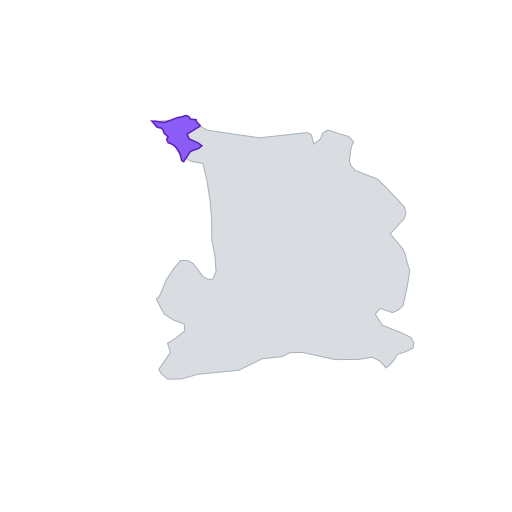 Montenegro, with Ulcinj highlighted, rotated 141°
{"feature_id": "MNE-1497", "entity_name": "Ulcinj", "entity_type": "Municipality", "adm_level": 1, "iso_a3": "MNE", "parent_name": "Montenegro", "parent_adm1": "", "projection": "equal_earth", "projection_center": [19.282, 41.979], "detail": "fine", "context": "in_parent", "style": "filled", "palette": "violet", "viewbox_px": 512, "rotation_deg": 141, "n_neighbors": 0, "source": "natural_earth", "source_scale": "10m", "svg_char_len": 1938}
<svg xmlns="http://www.w3.org/2000/svg" viewBox="0 0 512 512"><g transform="rotate(141 256 256)"><path d="M225.7,87.4L225.3,89.9L226.0,97.1L229.4,104.1L241.7,111.3L259.6,125.6L280.6,151.8L290.3,159.5L299.1,161.4L316.0,172.3L327.9,175.0L341.1,178.0L375.7,200.7L391.3,207.4L402.3,215.9L403.6,224.0L403.1,229.0L383.2,234.9L379.7,243.8L370.1,242.7L358.4,242.7L354.6,248.3L360.2,257.6L363.9,268.6L361.0,283.6L360.1,285.6L357.2,285.1L340.8,293.8L328.5,297.9L317.5,300.0L312.2,295.8L309.6,290.1L310.1,273.6L308.0,268.0L304.3,265.3L296.7,269.2L287.9,281.9L279.8,296.8L267.5,312.3L257.4,327.1L246.4,345.9L239.0,361.4L246.7,370.2L251.5,382.4L250.0,391.5L251.4,396.8L249.0,412.9L248.5,423.0L224.3,406.8L214.4,384.1L179.1,345.8L138.7,319.8L136.6,315.7L138.8,310.7L140.7,306.7L132.3,306.4L126.4,309.6L120.9,308.7L114.6,299.0L108.7,290.5L108.4,283.1L111.1,282.1L115.2,279.2L123.7,270.9L125.4,266.6L125.0,260.0L113.2,239.2L111.6,225.8L109.9,200.7L112.5,194.8L116.9,191.9L137.7,188.8L137.5,169.3L138.8,163.5L142.9,155.4L145.6,148.0L157.2,137.5L172.9,124.9L179.7,124.5L185.7,126.2L192.5,137.1L199.9,135.7L201.4,122.7L191.8,105.6L186.7,94.8L188.3,88.8L191.9,85.6L200.2,87.6L208.1,90.6L213.2,88.5L221.1,87.0L225.7,87.4Z" fill="#d9dde1" stroke="#a8b0b8" stroke-width="1"/><path d="M252.8,374.8L253.2,375.2L253.6,377.2L250.7,383.2L250.0,386.7L249.8,390.7L250.4,394.6L251.8,397.7L253.0,399.1L252.2,402.5L251.2,403.3L250.0,403.5L249.2,404.2L250.2,408.9L249.8,410.3L249.2,411.4L249.0,412.4L249.1,413.8L249.0,414.6L249.4,415.4L250.8,416.8L252.0,418.9L251.9,424.2L252.1,426.4L249.2,424.0L243.5,417.8L240.9,416.5L229.6,412.9L226.9,411.2L223.1,409.8L221.8,409.0L220.6,407.0L220.5,405.8L220.7,404.7L220.3,402.7L219.5,402.3L217.9,400.9L216.8,399.4L217.6,398.7L217.7,397.8L217.3,392.4L218.3,392.2L232.9,394.1L234.2,389.0L229.8,380.2L228.7,375.8L232.9,375.7L238.5,377.7L241.5,378.4L250.9,375.5L252.8,374.8Z" fill="#8b5cf6" stroke="#5b21b6" stroke-width="1.5"/></g></svg>